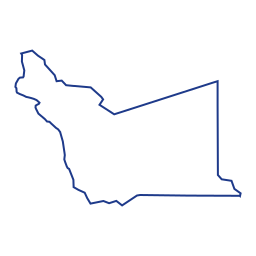 outline of Alameda, California, United States of America
{"feature_id": "52423323B34460466024259", "entity_name": "Alameda", "entity_type": "district", "adm_level": 2, "iso_a3": "USA", "parent_name": "United States of America", "parent_adm1": "California", "projection": "equal_earth", "projection_center": [-122.096, 37.68], "detail": "fine", "context": "isolated", "style": "outline", "palette": "blue", "viewbox_px": 256, "rotation_deg": 0, "n_neighbors": 0, "source": "geoboundaries", "source_scale": "gbopen_adm2", "svg_char_len": 1047}
<svg xmlns="http://www.w3.org/2000/svg" viewBox="0 0 256 256"><path d="M21.2,53.5L22.1,55.0L21.9,61.5L24.3,70.4L23.7,75.5L23.6,76.5L23.0,77.4L20.0,77.6L18.5,78.8L15.9,83.4L15.4,86.9L16.4,88.2L16.6,91.6L17.0,92.6L19.7,94.0L23.5,95.5L26.2,96.9L28.2,97.3L31.0,98.0L33.9,98.9L36.6,100.1L39.5,102.7L38.9,103.8L37.0,104.8L35.7,105.6L35.5,107.5L36.0,108.8L38.4,113.6L45.0,119.2L47.0,121.5L49.5,121.8L51.2,123.5L56.0,127.9L58.1,129.3L60.2,132.1L60.2,132.3L62.8,141.4L64.5,152.8L64.8,155.1L64.3,159.4L65.0,161.6L66.8,166.5L67.7,168.1L69.1,168.9L73.4,179.8L73.6,186.0L73.6,187.1L78.5,189.9L84.7,192.7L87.2,198.1L90.5,203.6L103.4,201.0L109.1,203.2L116.3,200.9L122.1,205.4L137.0,195.5L140.1,195.0L188.3,195.6L239.8,195.8L240.0,196.0L240.6,193.3L234.4,188.9L231.5,180.8L221.7,179.3L217.9,175.0L217.6,106.3L217.6,81.2L212.4,82.8L136.1,107.3L114.2,114.3L99.5,104.8L103.1,99.4L101.3,96.9L90.7,87.4L74.9,86.0L73.0,85.9L66.1,85.2L61.7,80.6L56.6,81.2L54.7,75.2L45.0,64.5L44.4,60.0L37.9,55.6L32.2,50.6L21.2,53.5Z" fill="none" stroke="#1e3a8a" stroke-width="2"/></svg>